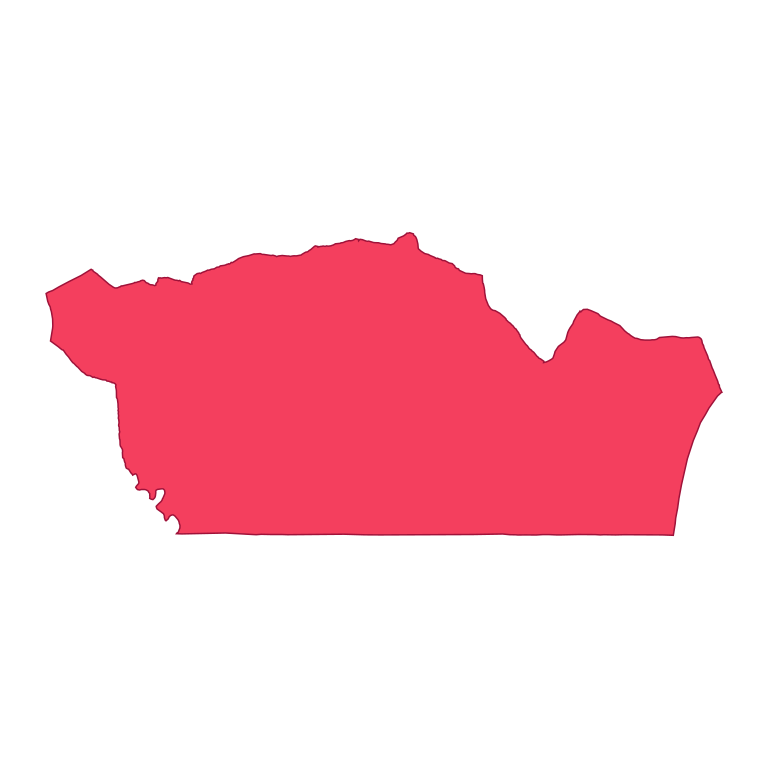 outline of Nioro Du Rip, Kaolack, Senegal
{"feature_id": "50182788B29473400533502", "entity_name": "Nioro Du Rip", "entity_type": "district", "adm_level": 2, "iso_a3": "SEN", "parent_name": "Senegal", "parent_adm1": "Kaolack", "projection": "natural_earth1", "projection_center": [-15.905, 13.752], "detail": "fine", "context": "isolated", "style": "filled", "palette": "rose", "viewbox_px": 768, "rotation_deg": 0, "n_neighbors": 0, "source": "geoboundaries", "source_scale": "gbopen_adm2", "svg_char_len": 6089}
<svg xmlns="http://www.w3.org/2000/svg" viewBox="0 0 768 768"><path d="M482.3,275.7L480.3,274.9L477.5,274.5L475.0,273.6L472.9,273.6L471.5,273.8L469.0,273.5L465.7,273.3L459.4,270.4L458.6,269.0L457.9,268.6L457.1,268.7L455.2,267.4L454.6,265.9L452.2,263.6L449.2,263.0L445.4,260.9L444.5,260.6L442.5,260.5L441.1,259.4L439.0,258.9L437.6,258.2L436.9,258.4L435.3,258.1L435.2,257.7L434.5,257.3L429.7,255.3L428.5,254.5L424.8,253.6L421.1,251.2L418.4,248.8L418.2,247.9L417.9,244.1L416.8,239.5L416.1,237.8L415.4,236.5L413.8,235.4L413.4,233.9L409.7,232.7L408.2,233.2L406.9,233.1L405.9,234.2L403.6,235.9L398.2,238.2L397.1,240.4L395.3,242.0L393.9,243.7L390.8,244.8L388.0,244.3L386.6,244.3L385.3,243.9L381.0,243.5L378.7,242.8L373.8,242.6L368.7,241.1L367.5,241.3L365.9,241.0L362.5,239.7L360.0,239.3L358.6,240.8L358.4,239.4L355.6,238.7L354.3,239.6L352.6,240.4L350.4,240.8L349.3,240.6L345.8,241.4L343.0,242.6L340.8,242.9L340.3,243.3L335.4,243.8L333.3,245.0L332.2,245.3L331.0,245.8L328.1,246.2L326.6,245.9L325.1,246.4L323.1,246.0L322.1,246.3L320.6,246.4L318.0,247.0L318.0,246.5L315.3,245.9L314.4,246.4L310.6,249.7L309.3,250.4L307.7,251.8L305.6,252.2L302.0,254.3L301.2,255.0L296.3,255.9L294.1,255.8L292.2,256.0L290.5,256.4L288.6,256.0L287.0,256.0L282.2,255.5L278.3,256.0L276.7,256.6L275.3,255.9L272.9,255.2L271.1,255.5L263.7,254.4L262.2,254.4L260.3,253.6L255.1,254.0L254.1,253.9L248.8,255.6L243.3,256.7L238.5,258.6L236.8,259.9L232.5,262.6L231.2,262.4L230.4,263.4L229.4,264.0L228.3,263.8L227.9,264.2L226.6,264.4L225.8,264.9L224.4,265.3L220.3,265.9L219.0,267.0L216.9,267.2L214.3,268.8L211.1,269.3L210.0,269.8L208.6,270.2L207.7,270.1L205.6,271.2L202.1,272.5L200.6,273.5L199.9,273.1L197.1,273.6L194.0,275.9L193.5,278.0L192.8,279.0L192.9,280.2L192.1,281.1L191.6,282.3L192.0,283.9L190.3,284.2L188.1,283.0L181.3,281.6L179.7,280.4L178.8,280.8L176.9,280.3L175.1,280.2L167.8,277.5L166.2,277.8L164.6,277.6L161.4,278.1L159.9,277.8L159.1,278.2L158.5,277.9L157.9,279.5L157.8,281.3L156.0,283.6L155.8,285.2L154.7,285.6L152.6,284.9L150.3,284.7L148.9,284.0L147.9,283.2L146.2,282.7L144.3,280.6L142.7,280.2L140.8,280.7L139.6,281.5L138.0,281.8L136.1,282.5L134.6,282.5L133.8,283.1L132.1,283.6L121.9,286.0L121.2,285.9L120.2,286.8L119.4,286.9L117.6,287.8L115.9,288.0L114.7,287.9L113.3,287.2L109.0,284.3L100.5,276.9L98.4,275.3L97.5,274.2L93.7,271.6L92.9,270.8L92.8,270.2L91.4,269.6L91.1,269.3L81.1,275.5L69.1,281.5L58.9,286.9L52.7,290.5L48.6,292.0L46.1,293.5L47.7,301.2L48.9,304.5L50.2,306.8L50.6,309.1L51.4,311.7L52.6,318.9L52.8,325.9L52.6,328.3L50.5,341.0L58.3,346.7L60.9,348.9L62.3,349.9L63.3,350.1L66.1,354.2L68.6,357.0L70.9,360.3L72.8,362.7L73.7,363.2L76.9,366.5L77.7,367.0L81.7,371.4L85.1,373.6L85.2,374.1L86.2,374.8L87.2,375.4L90.2,375.7L92.9,377.4L94.2,377.0L95.3,377.7L96.7,377.9L100.4,379.2L103.1,379.9L103.6,379.8L106.0,380.1L106.8,381.0L108.9,381.3L110.5,382.0L111.7,382.1L112.1,382.8L112.8,382.7L114.1,383.1L114.9,383.6L115.8,384.5L115.9,385.2L115.6,386.4L116.3,389.9L116.4,391.3L116.5,397.5L117.4,399.1L118.0,403.7L118.1,407.6L118.4,408.7L118.0,410.8L118.4,411.2L118.5,412.1L118.2,413.1L118.6,415.8L118.3,418.1L118.7,419.5L119.0,421.9L119.0,423.1L118.6,425.1L118.8,426.3L119.2,426.9L119.3,430.4L119.7,431.4L119.5,432.8L119.1,434.0L119.5,438.8L119.9,439.7L120.0,441.2L120.1,444.7L120.4,446.1L121.1,447.1L122.4,449.4L122.6,451.3L122.4,452.7L122.7,457.7L123.8,458.5L124.6,461.8L125.4,463.5L125.3,464.8L125.7,466.6L126.3,468.1L127.6,468.9L128.6,469.2L130.8,472.7L131.8,473.9L132.5,474.4L132.7,475.1L135.2,473.8L136.2,474.1L137.1,475.4L138.9,482.2L138.6,483.6L136.5,486.0L135.7,487.3L136.7,488.8L137.6,489.6L139.6,490.0L141.3,489.5L144.7,489.5L146.0,489.8L148.0,490.9L148.7,492.2L149.8,493.7L149.7,495.1L149.9,496.9L149.7,498.4L151.2,499.2L152.9,499.6L154.4,498.2L155.1,497.0L155.4,496.0L155.8,492.7L155.7,491.5L156.1,490.2L157.5,489.4L161.2,488.9L162.4,488.8L163.5,489.1L164.5,490.2L164.9,492.4L164.8,493.8L163.0,498.0L162.3,499.2L162.1,500.1L161.1,501.5L158.7,503.7L156.2,506.3L156.5,507.7L157.1,509.0L163.5,513.7L164.3,515.7L164.4,517.6L165.2,520.1L166.0,520.8L168.1,519.0L169.3,516.6L170.8,515.4L172.3,514.9L173.5,515.0L175.1,516.2L177.7,519.3L178.6,520.7L179.1,522.2L179.3,523.3L180.0,525.5L179.9,528.0L178.1,532.5L177.2,532.8L176.5,533.7L181.9,533.9L225.4,533.0L256.2,534.7L261.2,534.3L270.8,534.5L281.9,534.5L287.6,534.7L343.9,534.2L365.0,534.8L380.3,534.9L473.0,534.5L502.6,534.0L509.8,534.7L515.7,534.8L517.9,535.0L525.5,534.9L536.0,535.0L542.5,534.6L549.3,534.6L556.4,534.9L561.3,534.9L578.6,534.5L595.5,534.6L600.2,534.9L603.8,534.7L615.6,534.9L624.2,534.7L661.9,534.9L673.3,535.3L675.2,523.6L675.7,518.1L677.6,508.2L679.0,498.1L681.5,484.7L687.4,458.7L693.3,440.5L697.4,430.7L700.4,422.7L705.4,414.5L709.0,408.0L717.5,396.0L721.3,392.5L721.9,392.3L719.5,387.1L719.3,385.1L718.4,383.9L717.7,381.2L715.1,375.0L713.2,370.1L712.1,367.8L709.7,360.7L708.6,359.4L707.6,355.9L704.0,347.6L703.5,345.5L702.4,343.5L701.8,340.3L701.1,338.9L699.6,337.6L697.9,337.0L691.1,337.5L688.8,337.8L686.6,337.7L683.4,338.0L680.9,337.8L675.7,336.6L672.3,336.4L659.5,337.5L656.6,339.3L654.3,339.8L652.2,339.8L650.0,340.1L645.2,340.1L640.8,339.7L637.0,338.4L635.0,338.2L632.3,336.6L630.5,335.4L629.2,334.2L627.6,333.3L624.5,330.7L623.0,329.0L619.8,325.6L614.0,322.7L611.2,321.1L607.8,319.8L600.3,316.1L598.0,313.7L590.9,310.6L587.3,309.3L583.4,309.5L581.5,311.1L580.8,311.9L580.0,311.1L579.4,312.1L577.2,314.8L573.7,321.3L573.0,323.6L570.1,327.8L568.8,330.1L567.8,332.4L565.8,339.8L564.3,341.8L563.4,342.6L558.4,346.4L555.1,351.4L554.4,354.0L553.0,358.0L551.6,359.2L548.6,360.9L546.4,361.9L543.6,362.6L543.9,361.3L540.7,359.0L538.7,358.0L537.9,356.9L537.0,356.3L533.9,352.4L531.7,350.7L531.5,350.2L529.3,348.7L527.4,345.9L525.8,344.4L520.9,337.9L520.0,336.1L520.0,335.1L519.1,334.0L518.6,332.7L516.8,330.4L516.2,329.2L514.7,328.2L512.7,325.5L511.6,324.8L510.6,323.5L508.2,321.8L507.2,320.7L506.3,320.0L506.1,319.1L504.7,317.5L499.8,313.3L495.2,310.7L492.7,310.2L490.6,308.7L488.3,305.3L485.7,298.7L484.7,292.5L484.6,290.2L484.1,287.3L483.3,283.8L482.7,283.0L482.4,279.4L482.3,275.7Z" fill="#f43f5e" stroke="#9f1239" stroke-width="1.5"/></svg>